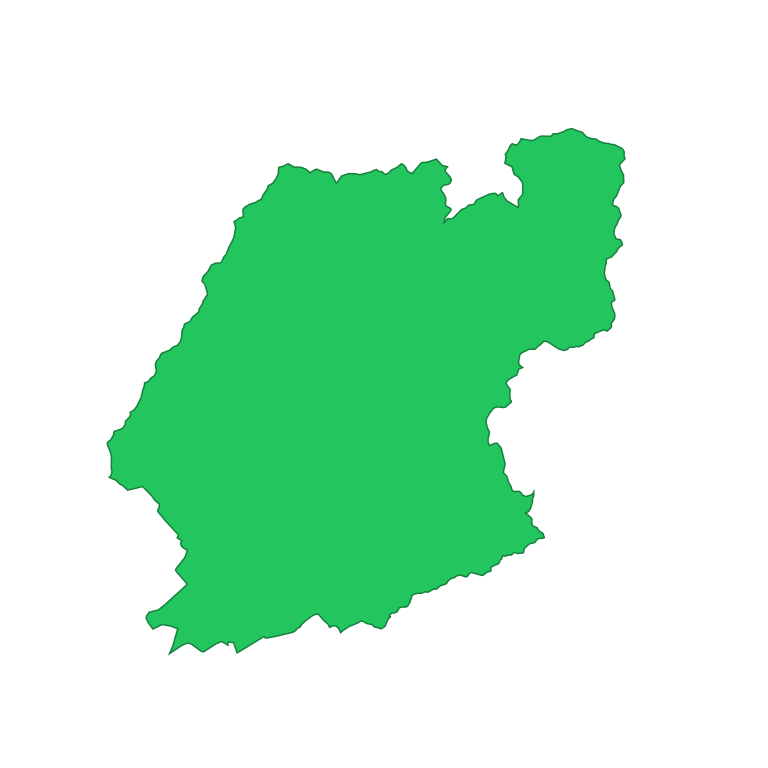 outline of Luc Yen, Yên Bái, Vietnam, rotated 76°
{"feature_id": "81297802B97878568873252", "entity_name": "Luc Yen", "entity_type": "district", "adm_level": 2, "iso_a3": "VNM", "parent_name": "Vietnam", "parent_adm1": "Yên Bái", "projection": "orthographic", "projection_center": [104.703, 22.111], "detail": "fine", "context": "isolated", "style": "filled", "palette": "green", "viewbox_px": 768, "rotation_deg": 76, "n_neighbors": 0, "source": "geoboundaries", "source_scale": "gbopen_adm2", "svg_char_len": 6165}
<svg xmlns="http://www.w3.org/2000/svg" viewBox="0 0 768 768"><g transform="rotate(76 384 384)"><path d="M386.7,228.6L384.7,225.7L384.0,223.4L381.4,218.8L381.7,216.8L382.6,215.1L392.3,205.9L395.1,201.1L394.7,197.4L393.0,195.0L394.1,192.0L394.2,187.6L395.0,186.0L394.3,181.3L392.4,178.7L391.7,174.3L390.8,173.2L390.0,169.4L388.2,168.4L386.2,168.0L384.6,158.4L385.0,156.8L386.7,154.8L384.1,149.9L382.8,149.2L380.3,149.0L376.6,144.6L373.5,143.5L371.9,143.1L363.5,144.3L360.8,143.8L360.0,143.4L359.0,141.9L358.7,140.1L357.6,139.5L349.3,139.7L345.9,141.4L339.8,140.9L336.9,143.2L334.4,143.6L329.8,143.4L323.3,141.0L320.7,139.2L316.6,138.1L315.7,132.1L313.6,129.6L312.1,126.5L309.7,124.5L308.1,122.5L306.7,119.0L303.7,119.0L301.0,119.8L299.6,123.6L295.1,124.5L292.4,124.2L288.0,122.1L285.0,119.0L281.8,117.0L279.2,114.0L277.7,113.2L270.2,113.8L268.1,115.4L265.8,118.9L265.2,118.9L260.3,116.4L257.9,113.0L249.4,106.9L246.7,102.9L245.7,102.4L238.8,101.0L235.3,102.1L228.7,102.6L227.7,101.8L223.8,95.7L220.5,95.8L216.6,94.8L213.7,95.7L212.4,96.7L207.6,102.5L206.2,106.1L204.6,108.5L204.4,110.3L203.2,112.5L200.7,116.4L197.5,119.2L196.2,123.0L194.0,126.9L192.6,128.1L187.6,130.8L185.4,134.7L181.8,139.7L181.5,144.6L182.5,148.4L183.2,155.4L182.2,159.6L183.8,161.5L183.9,162.6L181.7,170.5L181.5,172.9L183.6,179.2L183.6,181.8L179.1,191.6L181.6,193.5L184.0,196.7L183.8,198.6L181.9,201.5L183.1,203.7L187.5,207.2L190.4,210.7L193.1,210.8L196.9,212.1L198.3,213.2L199.2,213.2L204.4,207.2L211.4,207.1L212.8,206.4L215.5,203.6L221.7,201.0L223.6,201.0L233.7,203.7L237.5,208.9L238.6,209.5L242.0,209.9L245.3,211.2L236.4,220.1L232.1,222.3L227.1,222.7L227.1,223.7L229.1,227.7L226.1,229.6L225.4,232.3L225.2,235.5L227.6,248.3L228.2,250.1L231.5,253.3L231.0,258.8L233.0,261.9L233.4,266.4L240.0,277.2L240.1,278.7L238.9,282.1L241.9,286.5L238.9,285.4L236.9,283.9L232.0,277.3L230.6,276.6L229.0,277.6L227.2,279.9L224.8,281.2L221.0,279.6L218.5,279.2L214.0,279.9L210.5,281.6L207.9,281.6L205.5,278.1L205.9,273.6L205.3,271.7L203.2,269.7L201.9,269.3L198.6,270.0L192.4,273.3L190.2,272.2L188.6,269.8L186.0,274.7L178.5,278.7L179.3,289.1L178.4,292.1L178.5,294.4L186.7,305.9L183.3,309.7L178.2,310.8L175.8,312.4L174.5,313.9L176.9,318.6L178.2,325.1L180.4,328.5L181.0,331.5L180.6,332.6L177.5,334.6L176.3,337.9L174.1,339.2L174.2,342.1L175.0,344.6L175.1,357.0L173.6,359.6L171.3,367.2L171.9,374.8L177.5,381.4L176.8,382.1L167.7,383.9L165.1,386.2L163.7,391.3L159.2,397.4L159.6,400.4L161.2,404.6L156.9,407.6L154.4,410.9L153.5,412.7L151.8,418.7L147.1,423.7L148.4,429.1L148.4,433.7L154.9,436.0L159.0,439.4L162.3,443.5L163.6,448.3L166.6,450.1L171.6,455.8L175.2,458.4L175.7,462.0L176.7,463.8L177.2,471.1L178.9,476.4L180.0,478.2L181.6,479.0L186.2,479.6L187.8,480.3L188.0,484.7L189.3,486.9L190.2,490.3L193.4,490.0L196.7,490.3L204.2,493.5L207.8,496.0L214.0,501.6L220.5,506.2L221.6,508.4L225.5,511.3L227.1,513.5L225.9,517.9L226.9,522.7L232.7,528.2L235.4,532.7L237.3,534.3L240.4,535.8L243.0,534.1L244.9,533.6L254.1,533.4L259.8,539.4L262.1,540.7L266.2,544.9L269.3,546.4L272.9,553.8L276.4,557.1L277.6,563.1L280.9,564.8L283.0,566.9L288.2,568.5L293.1,570.9L296.5,575.1L297.2,580.0L299.4,583.7L300.2,591.3L301.4,593.7L304.1,595.3L306.2,598.6L307.6,599.8L310.4,601.3L316.0,601.6L319.7,604.1L320.8,605.5L321.8,608.7L324.7,612.4L325.0,616.0L328.1,617.1L331.0,619.2L338.5,623.0L346.4,629.8L349.3,633.8L349.9,637.0L353.1,637.6L354.6,639.1L357.5,643.8L360.8,645.0L363.3,647.6L364.2,650.3L364.7,657.3L368.3,659.0L371.4,662.0L372.5,663.3L373.4,666.0L374.3,666.8L376.2,667.1L384.1,665.9L388.3,666.0L400.3,669.1L403.4,669.2L406.7,671.0L408.2,673.2L412.3,667.6L417.0,664.6L419.4,662.0L425.0,658.4L425.1,643.0L436.2,636.5L441.5,634.4L446.3,631.0L448.5,631.6L451.6,633.9L453.1,634.3L463.4,629.4L480.6,620.0L481.4,620.1L483.2,621.9L487.2,618.2L489.5,620.0L492.3,619.7L495.2,617.7L497.9,615.0L504.2,619.2L512.7,630.2L514.2,631.3L516.2,630.7L529.6,623.7L531.0,623.7L544.5,648.7L548.6,657.5L548.6,667.0L551.7,670.5L553.6,671.4L558.0,670.6L565.8,667.6L563.9,657.9L564.0,656.7L567.4,649.2L571.6,643.4L586.8,652.1L593.7,657.3L588.8,643.6L587.9,639.1L588.0,636.5L590.2,633.4L598.5,626.6L600.3,624.0L595.5,609.9L594.5,603.8L599.7,598.6L596.8,598.0L596.6,597.6L598.5,592.5L609.4,591.6L600.2,562.1L600.4,561.2L601.8,560.6L602.1,559.3L602.7,549.4L602.8,532.4L602.2,530.3L600.1,526.7L599.5,524.0L597.3,522.0L594.3,516.6L591.3,508.8L590.9,504.9L592.0,503.0L598.8,499.7L603.2,496.5L607.0,495.6L606.3,492.1L607.3,488.9L610.4,487.1L614.8,486.2L613.4,483.7L610.8,476.4L609.5,467.2L608.4,463.7L609.1,461.9L612.3,458.6L614.5,453.8L617.9,451.8L618.0,450.7L620.9,445.9L619.5,441.8L612.7,436.5L611.8,434.3L611.0,434.0L610.3,435.0L608.8,433.4L608.2,431.8L608.7,428.8L608.1,426.4L604.8,423.3L604.8,420.2L605.7,416.8L605.3,414.9L602.8,412.3L596.0,407.8L595.3,406.4L595.2,401.8L596.0,398.7L595.7,394.3L596.7,391.3L595.0,386.0L595.7,382.7L593.4,378.2L593.1,373.0L592.6,371.5L591.1,370.2L589.1,366.4L588.7,361.9L587.8,360.3L587.7,356.2L590.5,352.2L591.0,350.3L590.7,349.4L588.3,346.7L588.0,344.8L593.4,335.4L593.5,333.9L591.6,330.0L591.4,325.5L588.0,324.9L586.9,322.1L586.2,316.8L585.2,315.4L582.8,313.7L582.3,312.4L579.3,310.1L580.5,307.7L579.9,305.5L580.8,301.8L579.3,299.3L579.2,298.3L579.3,297.4L580.9,295.3L581.5,289.5L577.5,287.6L574.6,282.3L574.2,281.1L574.4,276.3L571.9,273.1L571.3,270.3L572.2,267.8L571.8,265.6L567.5,265.9L563.6,269.5L560.5,270.2L557.6,274.2L554.4,274.2L550.9,273.1L548.7,274.0L544.4,277.1L543.9,278.1L543.4,277.8L542.7,274.4L540.3,272.0L534.0,268.3L531.0,267.6L529.2,266.0L524.8,264.7L527.2,267.3L527.5,272.7L527.2,274.0L525.1,276.8L522.7,277.2L520.9,278.8L519.8,283.8L518.5,285.4L514.2,285.5L509.2,286.9L503.5,287.1L498.8,289.7L490.9,285.8L474.7,285.8L468.9,288.4L468.4,291.1L469.2,296.6L465.7,297.0L462.8,296.5L456.5,293.3L451.2,294.3L445.8,294.2L442.4,292.9L438.0,288.7L434.2,283.9L433.7,281.4L433.8,278.8L435.7,274.0L435.8,271.7L432.6,265.1L431.3,264.6L429.9,265.2L426.9,265.0L422.7,264.0L420.0,262.8L413.7,265.3L411.6,264.8L409.5,261.2L407.3,252.9L402.0,249.5L401.6,245.5L398.2,248.2L395.0,248.1L388.7,245.2L387.9,244.3L387.0,242.3L385.4,235.2L385.4,233.6L386.2,232.0L386.7,228.6Z" fill="#22c55e" stroke="#15803d" stroke-width="1.5"/></g></svg>